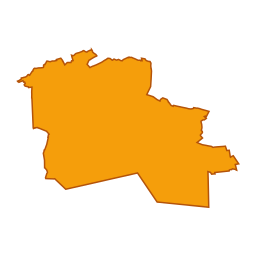 the district of Terneuzen, Zeeland, Netherlands, rotated 181°
{"feature_id": "6326949B16829541191970", "entity_name": "Terneuzen", "entity_type": "district", "adm_level": 2, "iso_a3": "NLD", "parent_name": "Netherlands", "parent_adm1": "Zeeland", "projection": "natural_earth1", "projection_center": [3.831, 51.299], "detail": "fine", "context": "isolated", "style": "filled", "palette": "amber", "viewbox_px": 256, "rotation_deg": 181, "n_neighbors": 0, "source": "geoboundaries", "source_scale": "gbopen_adm2", "svg_char_len": 5422}
<svg xmlns="http://www.w3.org/2000/svg" viewBox="0 0 256 256"><g transform="rotate(181 128 128)"><path d="M97.6,54.5L45.9,50.2L46.9,76.9L47.3,85.8L44.8,85.1L43.6,83.3L41.1,83.6L40.2,83.6L40.5,84.9L40.5,85.0L26.1,86.8L25.9,87.6L25.9,87.8L24.9,88.2L24.6,88.2L24.2,88.3L23.8,88.2L23.6,88.2L23.5,88.3L23.2,88.8L22.9,89.0L22.5,89.0L21.9,88.8L20.4,88.6L20.0,88.5L19.6,88.3L19.2,87.9L18.6,87.7L20.1,93.4L16.7,94.1L21.5,101.0L22.3,102.1L24.7,100.9L24.8,100.8L24.9,100.6L25.2,100.8L26.4,107.5L28.8,107.2L30.3,111.5L31.4,111.4L31.6,111.4L31.8,111.3L38.5,110.7L41.3,110.4L41.8,110.3L42.6,110.1L43.0,110.2L43.4,110.5L43.9,110.9L44.5,111.1L48.4,111.7L48.6,111.8L52.9,112.5L53.4,112.6L56.9,113.9L58.7,114.7L53.3,119.3L55.2,121.4L55.4,121.6L55.5,121.9L55.5,122.3L55.4,122.5L53.6,124.5L53.5,125.2L53.6,125.5L53.7,126.0L53.9,126.2L54.5,126.5L54.7,126.9L54.7,127.1L54.3,128.2L54.1,129.6L54.1,130.3L54.4,133.0L55.1,135.4L55.1,135.7L55.1,135.9L55.0,136.1L54.9,136.3L53.2,137.4L52.2,137.5L51.8,137.5L49.9,138.9L51.9,140.8L50.8,141.3L49.9,140.7L47.5,145.6L47.3,146.0L50.2,146.8L54.6,147.9L57.0,148.7L58.5,149.0L58.9,149.1L59.7,149.0L61.3,149.3L62.7,149.5L62.8,149.2L62.8,148.8L62.9,148.7L65.3,148.1L67.7,148.3L70.0,148.9L74.9,149.8L76.3,150.1L79.5,150.7L82.2,151.3L82.9,151.4L83.0,151.3L83.1,151.2L83.3,150.5L85.3,151.3L87.2,153.9L87.6,154.1L87.9,154.3L87.8,154.6L89.5,157.2L93.7,158.7L93.8,158.7L96.0,157.1L96.5,155.5L99.3,156.8L102.9,159.4L103.6,159.7L103.6,159.8L109.8,161.7L108.9,163.8L106.1,169.8L105.8,176.3L105.5,185.1L105.5,185.3L105.8,187.5L105.9,187.9L106.0,187.9L106.1,188.0L106.0,188.3L106.3,190.2L106.3,190.9L106.3,191.3L106.2,192.6L106.2,193.3L106.3,193.5L106.8,194.1L107.0,194.7L107.2,194.9L107.3,194.9L108.5,195.0L108.9,195.0L110.5,195.6L110.8,195.7L111.1,195.9L111.5,196.4L112.2,197.4L113.3,197.6L115.7,198.0L115.1,195.5L115.3,195.5L115.7,195.5L116.3,195.4L116.4,195.9L116.5,196.0L119.1,195.9L122.2,197.3L124.6,198.2L125.4,198.6L125.6,198.7L126.5,198.6L127.2,198.7L127.7,198.6L127.8,198.7L128.1,198.9L128.3,198.5L128.5,198.3L129.2,198.6L133.7,196.4L133.8,196.4L134.6,195.6L135.0,195.1L136.5,195.3L138.6,196.4L140.3,195.8L140.7,195.7L140.8,195.7L143.2,196.7L144.6,195.6L144.9,195.5L147.2,197.2L149.3,197.4L150.2,196.8L150.9,196.2L151.3,196.0L152.2,195.4L152.4,195.4L152.7,195.2L154.4,194.0L155.3,193.4L155.8,193.1L159.6,191.2L160.6,190.7L161.7,190.2L162.8,189.8L163.5,189.4L164.1,189.3L166.9,188.0L167.1,187.8L170.0,191.0L169.2,192.7L168.9,193.5L168.2,194.9L168.1,195.1L167.8,195.3L167.2,195.6L166.8,195.7L166.7,195.8L166.3,196.2L163.6,197.9L162.0,198.8L161.1,199.1L160.7,199.4L160.4,199.6L160.5,199.8L161.7,201.2L161.9,201.3L162.2,201.4L163.4,202.2L163.8,202.5L164.5,203.1L164.7,203.3L164.7,203.5L164.9,203.9L164.9,204.4L165.2,204.8L165.5,205.4L165.8,205.8L165.8,205.7L166.3,205.5L166.4,205.4L166.4,205.2L166.5,205.1L166.9,205.1L167.0,205.1L167.4,205.0L167.7,204.9L168.5,204.5L170.0,203.7L170.1,203.4L170.6,203.2L170.9,203.2L171.2,203.3L171.5,203.5L172.4,203.8L172.8,204.1L173.2,204.4L173.5,204.6L173.9,204.6L174.3,204.5L174.6,204.1L174.8,203.9L176.3,203.3L177.3,202.9L178.2,202.5L179.5,202.2L181.3,201.6L181.6,201.4L182.2,200.9L183.2,199.8L183.7,199.5L184.0,199.4L184.4,199.4L185.7,199.8L185.3,198.5L185.4,198.4L184.1,194.4L184.3,194.3L184.5,194.2L185.4,194.3L185.6,194.2L185.8,193.6L186.2,192.5L186.3,192.5L187.6,192.4L187.7,192.5L189.9,192.4L192.3,190.0L193.6,192.4L194.0,193.0L193.9,193.0L194.7,194.5L196.4,196.6L200.8,195.2L200.5,194.3L202.9,193.7L204.5,193.7L205.4,193.5L206.5,193.1L207.0,192.9L207.5,193.0L209.9,193.5L210.3,193.5L210.5,193.3L210.6,193.2L210.8,192.4L211.1,191.8L211.3,191.5L211.8,191.1L211.9,190.9L212.0,190.5L212.1,190.1L212.2,189.9L212.3,189.8L212.6,189.8L213.0,189.8L213.2,189.7L213.4,189.5L213.5,189.4L213.5,189.1L213.5,188.8L213.5,188.0L213.4,187.8L213.4,187.7L213.6,187.2L213.8,187.0L214.1,186.9L216.6,186.6L218.6,186.5L221.2,185.9L221.3,185.9L221.7,186.0L222.1,186.2L222.8,185.9L223.1,185.7L223.4,185.2L223.9,184.3L224.0,184.2L224.0,183.6L224.2,183.3L224.3,183.1L224.6,183.1L225.1,182.5L225.6,181.6L226.0,181.1L226.2,180.7L226.4,180.5L227.3,179.0L228.4,179.7L228.5,179.7L229.0,179.5L229.1,179.4L229.5,178.8L229.6,178.6L230.6,177.7L231.3,177.2L231.9,177.1L232.4,176.9L232.9,176.9L233.7,176.5L234.4,176.4L235.4,176.2L235.6,176.1L235.5,175.4L235.6,175.1L235.8,174.9L236.5,174.4L237.0,174.1L237.5,173.7L239.3,172.9L238.9,172.4L238.3,172.5L237.9,171.8L237.5,171.9L236.9,172.2L236.3,172.5L235.9,172.6L234.3,173.3L233.9,173.5L233.2,172.1L232.9,172.2L232.2,172.2L231.5,170.5L232.4,169.8L232.5,169.7L232.5,169.3L232.3,168.9L231.6,168.1L228.3,167.4L228.1,166.7L224.8,167.2L224.8,166.4L224.8,165.0L224.9,163.6L224.9,161.7L224.8,160.2L224.8,159.2L224.8,158.5L224.8,156.6L224.7,156.6L224.6,156.3L223.4,136.7L223.1,131.7L222.8,126.5L222.7,126.5L222.7,126.4L222.3,126.2L222.3,125.9L221.4,126.3L220.8,126.4L220.9,126.6L218.9,126.9L218.6,126.9L218.4,126.8L218.1,126.7L217.9,126.4L217.0,126.3L209.3,123.3L209.2,123.2L208.4,122.1L207.3,121.1L207.1,120.8L207.0,120.6L207.3,120.6L207.3,120.4L207.9,117.4L207.5,117.4L208.9,110.5L209.1,109.8L210.8,104.9L211.3,104.7L211.5,104.1L211.3,103.9L212.1,101.6L212.2,101.4L212.2,101.2L211.1,95.4L210.9,94.1L210.7,86.7L210.2,86.5L208.8,84.8L208.4,84.4L208.4,84.2L207.9,82.8L207.8,82.2L207.8,81.9L208.4,81.0L208.5,80.7L209.6,76.9L209.6,76.7L209.3,76.0L201.2,75.8L200.8,75.9L200.4,76.0L189.2,65.7L117.7,83.2L97.6,54.5Z" fill="#f59e0b" stroke="#b45309" stroke-width="1.5"/></g></svg>